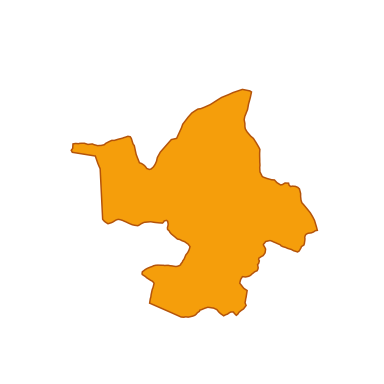 the district of Akoko-Edo, Edo, Nigeria, rotated 213°
{"feature_id": "59680162B54275853767873", "entity_name": "Akoko-Edo", "entity_type": "district", "adm_level": 2, "iso_a3": "NGA", "parent_name": "Nigeria", "parent_adm1": "Edo", "projection": "orthographic", "projection_center": [6.117, 7.352], "detail": "fine", "context": "isolated", "style": "filled", "palette": "amber", "viewbox_px": 384, "rotation_deg": 213, "n_neighbors": 0, "source": "geoboundaries", "source_scale": "gbopen_adm2", "svg_char_len": 4290}
<svg xmlns="http://www.w3.org/2000/svg" viewBox="0 0 384 384"><g transform="rotate(213 192 192)"><path d="M233.5,262.1L235.2,258.1L236.0,252.7L236.7,243.8L235.8,240.2L234.1,228.6L237.9,224.7L240.3,208.2L239.9,202.7L239.8,201.9L238.5,198.4L238.0,195.2L238.0,192.1L238.9,188.9L240.2,187.6L241.9,187.3L242.8,187.1L245.0,188.0L247.2,188.4L249.8,188.4L252.0,187.9L256.4,191.0L259.4,193.2L261.6,195.4L264.3,198.1L265.6,199.4L267.8,200.3L270.4,202.5L272.1,203.9L273.9,204.7L276.1,203.8L277.8,201.6L278.7,200.6L279.6,199.3L282.6,196.1L285.2,193.0L287.4,191.6L289.1,188.9L290.9,185.7L291.3,183.9L293.5,181.6L294.8,180.7L296.5,179.4L298.3,178.9L299.6,178.4L301.8,178.0L303.5,176.6L305.2,175.2L308.7,174.3L310.9,172.9L312.7,171.6L313.5,170.7L316.1,169.3L318.0,167.5L315.8,163.6L316.0,161.2L314.0,160.1L292.7,169.5L291.3,168.4L286.4,164.6L283.9,162.9L281.7,161.5L252.1,120.5L250.4,119.9L248.5,119.6L245.2,119.6L243.0,122.2L242.1,123.6L241.3,125.3L240.7,126.7L239.9,127.9L238.8,129.0L236.8,129.8L234.6,130.4L232.9,130.6L231.5,130.9L227.7,131.4L224.3,132.0L222.1,132.8L219.1,134.2L218.3,135.5L217.4,137.6L216.2,139.6L215.5,140.6L210.4,144.6L208.3,145.5L206.5,146.3L202.8,148.2L201.2,149.1L200.3,149.6L199.8,149.9L199.5,151.3L199.5,152.7L197.8,154.4L196.4,154.1L194.5,152.1L193.7,150.4L193.2,148.7L192.1,147.3L190.1,147.0L189.5,146.7L189.1,146.5L188.6,146.2L186.7,145.6L184.2,145.3L182.3,145.1L180.8,144.9L178.6,144.6L176.3,145.5L173.8,145.7L171.3,146.3L170.2,146.3L167.9,146.2L166.9,146.2L163.9,145.1L163.1,142.6L162.8,140.9L162.6,138.7L162.9,135.8L162.1,131.5L162.2,129.2L161.9,127.8L162.2,125.8L161.9,124.7L162.8,123.0L163.9,121.6L165.0,120.7L166.7,119.9L168.6,119.1L170.3,118.2L171.7,117.7L173.1,116.8L175.0,115.4L176.2,114.9L178.4,113.5L180.3,112.4L182.3,111.0L184.0,109.3L184.8,107.9L186.0,106.4L187.9,103.6L189.0,101.5L189.6,99.6L190.0,98.6L190.2,98.2L189.6,96.6L188.8,95.7L187.2,95.7L184.7,95.7L183.6,95.4L181.9,95.4L180.3,95.4L178.6,95.4L176.4,95.6L174.1,94.8L173.4,92.8L172.6,90.5L172.3,88.8L171.8,87.4L170.3,83.5L169.4,81.7L168.8,79.7L167.0,75.7L157.3,77.3L143.3,79.6L133.1,81.2L130.7,82.5L129.3,83.9L127.0,85.0L125.6,86.4L123.7,88.4L122.5,90.1L122.0,91.5L121.7,93.8L120.8,96.0L121.1,97.1L119.9,98.6L118.0,101.4L116.0,103.9L114.8,104.5L111.7,105.9L110.7,106.4L107.1,106.9L104.6,106.1L103.5,105.8L101.3,105.5L99.7,105.5L98.0,105.4L96.9,107.4L95.8,108.8L95.2,110.2L94.9,111.1L94.1,112.5L92.9,113.3L91.8,113.9L90.5,113.3L87.7,112.7L87.1,114.4L87.1,116.7L86.2,119.5L85.1,122.0L84.8,126.3L87.2,128.0L88.0,130.0L88.8,131.7L89.4,133.4L92.1,139.4L93.4,139.4L94.3,139.4L95.9,139.4L97.9,140.0L99.5,140.6L102.3,141.5L103.3,144.3L103.6,145.4L103.6,147.1L103.6,148.5L102.4,149.1L100.8,149.9L99.9,150.8L98.8,151.9L98.0,153.0L97.4,154.4L97.1,155.9L96.5,157.5L96.0,159.2L94.5,161.5L94.8,163.5L95.3,164.6L96.0,165.3L97.5,166.9L97.2,168.3L98.0,170.9L99.4,171.7L99.9,172.9L99.4,174.0L98.8,175.4L98.1,176.7L97.7,177.4L97.6,179.4L97.6,180.8L98.2,182.2L99.2,184.2L100.6,185.1L103.4,186.5L103.6,187.6L103.3,189.0L103.3,190.5L100.5,193.5L99.4,194.1L97.7,194.4L96.1,194.6L94.7,194.9L92.7,195.2L89.3,195.8L88.0,195.4L85.8,195.7L83.3,196.5L81.1,196.8L79.4,197.3L77.5,197.9L74.7,198.1L72.8,198.7L70.8,199.2L70.0,200.9L70.2,204.6L70.5,205.8L69.9,207.2L69.3,208.3L69.6,209.7L70.1,210.8L70.9,212.6L71.8,214.3L72.6,215.1L73.1,216.3L73.4,217.7L73.1,219.1L72.0,220.8L71.1,221.5L69.7,222.7L68.3,224.7L67.5,226.7L66.0,228.1L68.6,230.5L71.2,232.7L73.8,234.9L76.9,236.7L81.3,238.9L85.2,240.2L91.6,242.2L94.0,242.8L96.2,244.6L98.4,247.3L100.1,249.9L103.6,253.1L105.8,253.5L108.4,253.0L111.0,251.6L112.3,250.3L114.5,250.7L115.4,251.6L115.8,252.0L118.9,250.2L120.2,247.5L121.5,246.2L125.9,246.1L129.4,247.0L132.0,245.6L136.4,244.2L140.3,243.3L141.6,243.3L143.8,244.6L146.0,245.9L148.6,249.5L149.5,251.3L150.8,253.1L151.5,254.0L152.6,255.7L153.0,256.3L154.8,258.9L156.5,261.5L158.3,264.7L160.5,266.0L164.9,268.2L169.7,270.4L173.2,270.8L176.2,271.7L178.8,272.5L181.5,273.9L182.0,274.3L183.2,275.6L185.0,278.3L187.6,281.0L188.9,284.1L189.4,286.8L189.8,288.6L190.3,291.3L191.2,293.5L192.5,296.6L193.8,300.7L194.7,303.4L196.6,308.3L198.6,308.3L205.6,305.5L211.7,297.8L212.9,295.9L214.3,293.7L218.7,287.4L220.4,283.8L224.3,275.2L227.8,269.8L230.0,266.7L232.2,264.8L233.5,262.1Z" fill="#f59e0b" stroke="#b45309" stroke-width="1.5"/></g></svg>